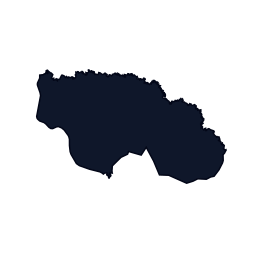 General Alvear, Corrientes, Argentina (Mercator projection), rotated 109°
{"feature_id": "61730980B3479013569835", "entity_name": "General Alvear", "entity_type": "district", "adm_level": 2, "iso_a3": "ARG", "parent_name": "Argentina", "parent_adm1": "Corrientes", "projection": "mercator", "projection_center": [-56.591, -28.773], "detail": "fine", "context": "isolated", "style": "filled", "palette": "ink", "viewbox_px": 256, "rotation_deg": 109, "n_neighbors": 0, "source": "geoboundaries", "source_scale": "gbopen_adm2", "svg_char_len": 5672}
<svg xmlns="http://www.w3.org/2000/svg" viewBox="0 0 256 256"><g transform="rotate(109 128 128)"><path d="M116.7,28.3L117.3,28.9L116.7,29.8L116.9,30.7L116.7,31.0L115.4,30.9L113.2,31.3L112.5,32.7L112.6,33.1L113.3,33.1L113.3,34.1L112.9,34.3L112.3,33.8L111.5,34.0L112.0,34.6L111.9,35.2L110.8,35.8L110.8,36.3L110.1,36.8L110.5,37.6L110.3,38.3L108.8,37.5L106.8,39.1L107.3,40.2L107.1,41.0L107.8,41.2L106.5,44.1L104.8,45.9L103.6,45.2L102.8,46.0L102.8,49.6L102.3,51.1L102.5,51.8L104.0,52.9L104.8,52.9L105.1,53.6L103.0,54.5L103.7,55.4L104.5,55.0L105.2,55.6L104.0,58.0L102.8,57.8L102.2,58.7L102.3,59.1L103.2,58.8L103.9,59.0L100.8,60.5L100.6,60.1L101.3,59.5L100.6,59.4L99.8,60.3L99.2,60.0L99.1,59.5L100.2,59.3L99.2,58.6L98.6,59.8L98.8,60.5L98.4,60.5L98.0,60.1L98.1,59.5L95.8,59.0L95.5,59.2L95.5,59.9L95.0,60.0L94.6,59.5L94.3,60.0L94.3,60.5L94.8,61.1L94.5,61.3L94.3,61.9L93.7,61.3L93.1,61.7L93.1,62.1L93.6,62.4L93.1,62.7L91.6,62.5L90.7,63.1L90.5,63.7L90.8,63.6L90.7,64.4L90.1,64.7L89.8,64.4L89.2,65.3L88.9,65.2L89.0,64.8L88.5,64.5L87.1,65.1L88.6,67.8L87.8,68.2L87.5,67.9L87.0,68.6L87.7,69.8L87.3,70.0L87.5,70.4L86.8,70.7L86.6,70.2L86.0,70.7L85.2,70.6L84.9,70.8L85.4,71.8L84.3,72.2L84.2,72.6L85.9,74.7L85.5,76.0L84.9,76.1L84.9,77.5L85.6,77.4L85.7,77.8L86.9,78.1L87.2,78.7L87.0,79.1L86.3,79.2L85.6,80.6L85.7,82.0L85.1,83.1L85.5,83.9L85.4,85.3L84.2,84.8L83.1,85.6L82.8,85.9L83.3,86.1L83.3,86.9L82.9,87.6L84.3,88.2L84.4,88.7L85.6,88.7L86.1,89.3L85.6,90.2L86.8,90.8L86.9,91.2L86.4,91.5L86.6,92.4L87.5,92.5L88.2,93.1L88.4,95.2L89.1,95.4L89.7,94.9L90.3,94.8L90.3,95.7L91.0,95.3L91.0,96.0L91.7,96.1L91.6,96.6L90.1,97.2L89.3,98.3L89.1,99.6L88.7,100.0L88.8,100.9L88.1,101.1L88.0,101.6L88.0,102.5L88.4,102.8L88.3,104.7L87.5,105.6L85.0,104.9L85.1,104.0L85.8,104.4L86.4,104.0L86.6,103.6L86.4,103.0L84.8,103.3L83.7,103.9L83.7,104.2L84.2,104.2L83.8,104.7L82.7,105.2L82.7,105.6L83.8,105.2L84.5,105.3L84.6,105.7L83.0,106.3L83.6,106.9L83.4,107.4L82.1,108.3L82.4,107.1L81.2,106.9L81.0,108.4L81.5,109.0L81.1,109.3L80.0,109.4L79.8,109.7L80.3,110.4L79.9,110.8L79.1,110.7L79.1,111.2L78.5,111.6L77.5,111.3L77.6,111.8L78.7,112.3L77.5,112.5L76.8,113.7L76.5,113.6L76.6,114.3L77.2,114.5L77.0,114.8L76.2,114.9L75.2,114.5L75.1,114.9L75.9,115.1L75.9,115.9L76.3,116.2L76.1,116.5L75.6,116.0L75.2,116.1L75.8,117.4L75.7,117.7L74.8,117.6L74.5,118.9L74.9,119.6L76.4,119.0L76.0,120.4L76.9,120.6L76.7,119.9L77.1,119.8L77.7,120.3L78.8,120.4L78.4,121.4L79.8,121.8L79.5,123.2L78.8,123.9L78.8,124.3L79.9,124.2L80.0,124.5L79.1,125.4L79.2,125.8L79.9,126.1L79.7,126.5L80.2,127.0L80.2,127.4L78.3,127.2L77.8,128.1L77.1,128.0L76.5,128.5L76.3,127.7L75.9,127.9L75.7,128.5L75.8,129.4L76.9,129.6L78.1,131.3L77.9,131.7L77.3,131.9L77.4,132.3L78.5,132.7L78.0,133.1L77.7,133.9L78.4,134.0L78.7,135.1L78.3,135.8L76.9,135.7L76.3,136.1L76.7,136.6L76.7,137.6L75.8,139.2L75.9,139.6L77.1,140.2L77.1,141.6L76.5,142.2L76.3,141.3L75.8,141.3L75.4,142.0L76.0,143.1L76.9,143.1L77.7,143.9L77.6,144.4L76.7,144.5L76.5,144.9L76.7,145.8L78.4,146.1L78.6,148.8L79.3,148.7L80.3,147.0L80.7,147.0L80.8,147.5L80.9,148.0L80.0,148.1L80.4,148.7L80.4,149.4L79.9,150.0L80.5,150.0L80.4,152.2L81.2,152.5L81.3,152.9L80.4,153.4L79.8,154.3L79.7,155.3L80.8,154.6L81.3,154.8L81.0,155.6L81.4,156.3L81.2,156.7L80.7,156.4L80.5,156.7L80.8,157.3L80.3,157.5L80.4,158.1L81.5,158.9L82.4,160.2L83.2,159.9L84.0,160.5L83.6,162.6L84.0,163.1L85.9,163.2L86.1,163.6L85.8,164.2L86.0,165.2L84.7,166.0L84.9,165.3L84.5,165.0L84.0,165.8L84.4,166.5L83.6,167.2L83.9,168.0L85.0,168.4L85.8,169.9L85.0,172.1L85.1,173.7L87.1,173.6L87.6,174.5L87.5,176.0L88.2,176.7L88.0,177.1L85.9,178.2L85.9,179.2L87.2,179.0L87.3,179.4L86.7,180.5L86.1,180.3L85.8,181.1L85.9,181.5L87.1,181.4L87.2,181.8L86.8,182.9L85.8,183.8L85.9,184.2L86.2,184.4L87.0,183.6L88.1,183.5L89.3,184.6L89.3,185.8L89.9,185.4L89.7,184.7L90.1,184.3L90.6,184.2L90.7,185.5L91.1,185.7L91.5,184.7L91.8,184.9L91.8,185.7L91.0,186.2L91.3,188.3L91.1,188.8L90.8,189.1L90.3,188.2L89.5,189.3L89.5,189.9L90.1,190.1L90.3,189.6L90.7,189.7L90.6,191.0L92.0,192.5L91.0,193.4L91.2,194.1L92.0,194.4L92.1,195.5L94.1,194.7L95.0,195.1L95.4,194.4L96.8,193.9L98.7,194.6L98.8,195.2L98.1,195.5L98.1,196.0L98.7,196.1L99.2,195.6L99.6,196.0L99.3,196.5L98.0,196.5L97.8,197.1L97.9,197.7L99.0,198.4L99.2,201.0L100.2,201.1L99.4,203.1L100.6,203.3L100.7,203.8L99.5,205.4L99.4,207.4L99.7,207.9L104.3,208.5L104.8,209.6L104.7,210.3L105.1,210.6L106.3,210.2L106.0,211.2L104.9,211.4L104.8,211.9L106.1,212.6L107.0,213.9L106.7,214.3L105.5,214.2L105.1,214.4L106.1,215.7L105.7,216.6L102.0,216.5L101.0,218.5L101.2,219.4L100.6,220.5L100.6,221.1L101.2,221.7L102.5,221.6L102.8,222.0L102.7,222.4L101.9,222.6L100.2,222.2L99.8,222.3L99.6,223.1L100.4,224.0L102.0,223.6L103.8,224.0L104.1,224.9L105.0,225.1L106.7,228.7L109.7,227.7L114.7,228.2L116.0,228.0L117.2,227.4L123.3,222.6L125.8,221.2L146.8,218.1L148.3,217.2L149.0,216.3L150.1,213.8L150.2,209.1L150.9,207.0L153.1,202.9L153.6,200.8L153.1,199.0L150.2,196.0L149.3,194.3L149.5,190.8L150.7,187.6L154.6,182.0L155.7,181.0L157.7,179.7L163.7,177.6L169.2,175.0L171.5,173.2L178.4,165.2L179.4,161.7L179.5,151.1L178.6,140.1L179.0,137.8L179.6,136.3L178.3,135.5L177.3,133.5L177.7,132.8L178.8,133.0L179.2,132.8L179.5,132.3L179.1,131.0L179.6,131.2L181.5,129.9L181.4,129.5L180.2,129.7L179.6,128.8L178.2,128.8L177.4,130.0L177.6,130.4L177.0,130.7L176.8,130.0L176.2,130.1L176.4,129.7L175.9,129.3L175.8,128.5L175.6,128.7L175.2,128.5L173.8,129.2L168.9,130.5L158.0,125.1L152.9,119.9L150.0,119.8L149.3,106.7L140.3,104.5L150.9,93.0L162.1,83.0L159.4,74.1L161.1,54.6L157.1,49.2L153.3,45.5L150.9,37.2L147.4,33.9L145.6,30.9L138.0,28.4L130.4,27.3L127.8,27.4L122.4,29.4L120.1,28.5L118.0,28.3L117.4,28.0L116.7,28.3Z" fill="#0f172a" stroke="#020617" stroke-width="1.5"/></g></svg>